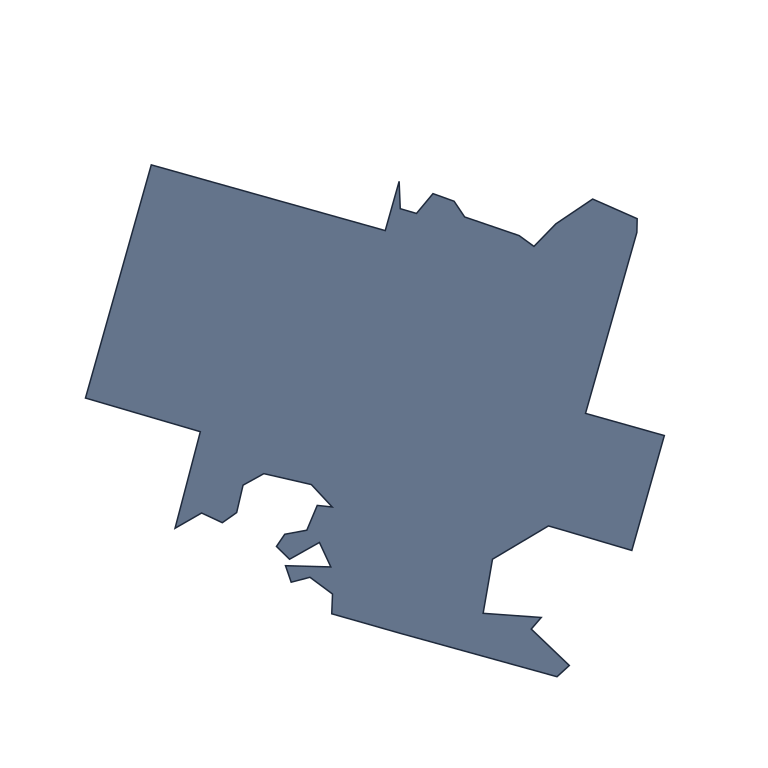 Humphreys, Mississippi, United States of America (orthographic projection), rotated 106°
{"feature_id": "52423323B56025650408789", "entity_name": "Humphreys", "entity_type": "district", "adm_level": 2, "iso_a3": "USA", "parent_name": "United States of America", "parent_adm1": "Mississippi", "projection": "orthographic", "projection_center": [-90.489, 33.126], "detail": "fine", "context": "isolated", "style": "filled", "palette": "slate", "viewbox_px": 768, "rotation_deg": 106, "n_neighbors": 0, "source": "geoboundaries", "source_scale": "gbopen_adm2", "svg_char_len": 758}
<svg xmlns="http://www.w3.org/2000/svg" viewBox="0 0 768 768"><g transform="rotate(106 384 384)"><path d="M168.6,182.7L155.3,186.2L148.7,234.4L182.6,262.9L210.4,277.8L204.1,295.0L201.2,352.5L189.0,367.0L187.5,389.4L211.1,399.8L211.0,416.7L185.0,425.3L236.2,425.1L237.5,668.1L479.8,667.1L480.5,547.4L580.3,545.1L558.3,523.8L561.9,501.2L548.2,490.2L520.1,491.6L503.3,474.8L500.7,426.1L516.5,399.9L519.1,414.7L545.8,417.9L555.8,438.0L569.8,442.6L578.5,426.5L554.1,402.4L574.5,384.7L585.8,428.6L600.1,418.6L590.2,401.9L600.1,375.6L619.3,370.9L619.2,299.2L617.7,137.0L603.5,128.3L579.0,174.9L565.1,168.5L577.1,225.5L522.5,231.4L475.1,186.8L475.1,174.3L475.7,99.9L356.3,100.3L356.7,182.2L168.6,182.7Z" fill="#64748b" stroke="#1e293b" stroke-width="1.5"/></g></svg>